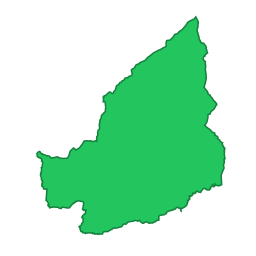 the district of Hankha, Chai Nat, Thailand, rotated 83°
{"feature_id": "78962969B11374583847622", "entity_name": "Hankha", "entity_type": "district", "adm_level": 2, "iso_a3": "THA", "parent_name": "Thailand", "parent_adm1": "Chai Nat", "projection": "natural_earth1", "projection_center": [99.977, 15.032], "detail": "fine", "context": "isolated", "style": "filled", "palette": "green", "viewbox_px": 256, "rotation_deg": 83, "n_neighbors": 0, "source": "geoboundaries", "source_scale": "gbopen_adm2", "svg_char_len": 5824}
<svg xmlns="http://www.w3.org/2000/svg" viewBox="0 0 256 256"><g transform="rotate(83 128 128)"><path d="M226.6,185.5L226.8,183.2L227.5,183.1L227.2,180.7L227.3,179.3L227.7,177.9L227.7,176.2L228.4,176.2L228.4,174.2L229.2,174.2L229.3,170.9L229.8,170.9L230.0,166.1L228.5,165.6L228.3,165.3L228.0,162.8L228.3,162.0L228.3,160.4L227.7,159.5L227.5,158.4L226.6,157.5L226.8,156.5L225.6,154.8L225.9,152.0L225.3,147.0L224.8,145.8L223.2,144.6L222.8,143.9L222.9,143.0L223.2,142.3L223.0,141.2L222.7,140.8L221.8,140.3L221.2,138.4L221.1,134.1L220.6,132.4L221.1,130.4L221.7,129.8L221.0,128.0L222.6,127.0L224.3,125.1L224.4,124.1L223.3,121.9L223.9,119.8L225.1,118.9L225.0,117.0L225.3,115.3L224.5,113.3L224.3,112.0L223.2,110.8L223.2,108.6L221.9,108.3L220.1,108.4L218.8,107.6L218.5,105.2L218.5,102.5L217.8,101.4L217.6,100.4L216.4,99.8L215.7,99.1L215.7,98.3L215.3,97.7L215.4,97.0L215.3,96.0L215.0,95.4L214.9,93.1L214.3,92.5L214.3,91.2L213.7,90.7L212.8,89.0L212.7,88.2L213.6,87.5L214.0,86.8L214.0,85.2L214.3,85.1L215.7,85.8L217.0,85.3L217.3,85.8L217.2,85.4L215.7,85.7L214.9,85.3L213.0,80.7L211.4,78.9L209.1,78.0L208.7,77.5L207.1,77.7L207.3,77.0L207.1,76.5L206.2,76.2L206.2,75.5L205.8,75.2L203.6,75.3L203.2,75.6L202.9,74.6L203.4,74.2L203.1,72.9L202.5,72.6L202.1,71.7L201.0,71.9L200.5,71.5L200.5,70.6L201.1,70.0L201.2,69.5L200.1,68.3L199.1,68.0L198.9,67.8L199.1,67.1L200.1,65.9L200.8,63.7L199.9,63.2L197.4,60.8L197.2,59.5L197.8,58.4L198.3,58.2L198.5,57.3L199.1,57.1L199.2,55.5L199.5,54.9L199.2,54.5L198.7,54.5L198.4,53.6L197.7,53.3L197.3,53.5L196.6,53.2L196.4,51.9L195.4,51.6L194.8,51.2L195.9,50.8L196.8,49.9L195.9,48.7L194.7,48.6L194.3,49.2L194.0,48.9L194.4,48.4L195.6,48.1L195.7,46.8L196.3,46.1L196.4,44.0L196.1,43.7L196.1,43.0L195.6,41.9L186.3,41.3L185.1,40.8L179.4,37.5L176.6,37.8L174.4,36.8L172.7,36.4L172.5,36.7L171.3,36.3L171.1,36.5L170.6,35.7L170.1,35.4L168.2,35.6L165.6,35.5L165.0,35.7L163.4,35.0L162.5,35.6L161.4,34.7L159.8,34.4L159.5,35.2L158.7,35.1L157.0,36.2L156.6,35.9L156.0,36.4L155.3,36.4L154.2,35.9L153.0,37.6L151.6,38.6L151.1,38.5L150.0,40.1L149.5,40.3L148.7,39.8L147.8,40.0L147.2,40.4L145.7,42.7L144.9,42.4L143.5,42.6L142.5,44.7L139.9,46.5L136.9,49.7L134.8,51.6L133.8,50.4L133.2,50.3L131.8,49.0L127.7,47.5L124.7,47.0L124.1,45.9L124.1,44.7L123.3,44.5L121.8,43.6L120.3,41.2L119.3,39.9L116.5,38.1L115.9,37.1L114.8,37.1L112.6,38.3L112.0,39.0L109.9,40.3L108.4,40.9L107.3,41.8L105.5,42.5L103.8,44.6L102.9,44.3L100.6,45.2L99.3,46.2L97.9,46.8L97.0,47.7L92.7,45.7L88.0,44.2L87.0,44.3L84.9,44.0L79.2,44.1L75.7,43.3L73.1,43.4L71.6,43.1L69.5,44.8L69.0,44.9L67.8,44.8L66.1,43.9L65.9,42.7L65.2,42.8L64.7,42.4L63.1,39.9L62.7,40.1L59.4,40.5L58.3,40.9L57.7,40.5L56.0,40.8L54.7,41.7L54.2,41.8L53.0,42.8L52.7,43.5L52.7,44.8L51.6,45.1L50.8,45.9L50.0,45.7L48.0,46.6L46.2,46.4L43.4,47.0L42.0,47.0L40.4,47.7L37.5,46.9L36.0,46.1L35.2,46.4L32.7,45.5L30.8,45.4L26.0,47.2L27.8,49.0L29.5,54.2L30.7,56.1L33.4,58.2L37.3,62.7L38.1,64.6L39.3,66.4L40.4,67.4L40.8,70.2L43.1,72.0L45.7,75.3L45.9,76.1L45.8,78.2L46.0,79.0L48.6,80.0L51.0,80.0L52.0,80.9L52.6,83.1L54.2,86.5L54.6,88.6L55.3,90.0L56.4,93.3L57.4,94.7L58.9,97.4L59.6,98.1L60.3,99.9L62.1,101.8L63.1,103.1L64.5,108.1L65.6,109.3L66.0,111.2L66.6,112.6L69.2,114.4L70.4,117.4L72.0,117.6L75.0,117.2L75.8,117.5L76.7,119.1L77.0,121.0L77.9,122.1L78.3,125.2L79.6,125.8L80.3,126.9L80.4,128.0L81.7,129.0L81.8,130.4L83.8,132.1L84.3,133.6L84.9,134.3L89.0,136.1L89.9,137.4L91.7,138.6L91.8,139.1L91.5,139.9L90.2,141.3L90.0,142.2L92.9,146.2L93.2,147.8L94.1,147.8L94.1,148.8L97.2,148.9L99.0,149.4L99.0,147.8L99.8,147.6L105.1,147.6L106.7,148.2L108.6,148.4L109.5,149.2L109.9,150.0L110.6,150.4L111.3,151.8L112.6,153.0L115.0,153.4L116.8,155.0L118.0,155.0L119.3,155.6L119.7,155.4L121.0,156.1L123.5,156.3L124.4,155.9L126.0,157.0L126.5,157.8L128.4,158.6L130.3,158.9L131.1,158.7L132.0,159.2L132.8,160.1L133.4,160.0L134.5,160.4L135.8,160.4L137.3,160.8L136.7,162.3L137.2,163.6L137.3,164.6L136.6,165.4L136.2,166.5L136.5,167.0L136.1,167.6L136.2,168.4L135.7,169.8L135.8,170.7L135.5,172.5L135.8,173.3L139.0,175.8L140.1,177.1L141.1,177.7L142.2,179.4L143.5,182.4L141.9,183.6L141.2,184.6L143.3,187.4L144.4,188.5L147.2,189.5L150.4,191.6L150.6,192.4L150.3,196.4L149.2,200.2L148.4,200.7L148.4,201.5L147.9,202.1L148.0,203.0L148.3,203.8L148.3,206.1L148.6,207.0L148.6,207.6L148.1,208.1L147.9,208.6L147.1,208.8L146.3,209.6L145.4,212.6L144.7,213.5L144.1,215.6L143.3,215.8L143.3,216.4L142.9,216.7L142.6,217.4L141.0,218.1L140.4,219.0L141.3,220.6L142.4,221.6L143.4,221.4L145.4,221.5L146.7,219.8L147.6,217.8L147.9,218.0L148.4,217.4L150.5,217.8L150.7,217.1L151.4,217.0L153.1,217.1L155.3,217.9L156.6,218.1L156.8,218.9L157.7,218.8L159.5,219.0L160.2,219.3L161.9,219.4L162.0,220.2L163.1,220.1L164.0,220.7L166.7,220.0L168.0,220.3L170.0,219.8L170.3,219.7L170.4,219.2L171.4,219.3L172.1,219.9L172.9,219.8L173.0,220.3L174.9,220.6L175.5,220.4L175.7,219.9L176.4,219.5L178.4,218.9L178.8,215.9L189.6,218.1L189.5,217.6L190.9,217.3L192.4,216.4L194.2,215.8L194.4,215.8L194.6,216.9L195.5,216.8L196.4,216.2L196.5,215.5L197.7,215.4L197.4,213.1L197.4,211.2L198.1,207.3L199.3,205.9L199.8,204.1L198.5,203.0L200.0,197.8L200.2,196.2L198.6,194.2L198.2,194.2L197.7,193.8L197.3,193.2L197.3,192.8L195.9,191.3L196.1,190.8L195.7,190.7L195.4,190.2L195.3,189.5L194.7,189.2L194.8,188.9L194.5,188.5L194.7,188.2L194.3,187.0L194.3,185.9L194.1,185.8L194.5,185.3L194.6,184.5L194.9,184.2L195.3,182.7L195.9,181.4L196.7,181.0L202.3,182.6L203.0,183.1L203.9,182.4L204.0,181.0L204.5,181.3L204.6,179.8L205.2,180.1L206.2,180.2L206.5,180.5L207.8,180.8L208.1,181.2L208.1,181.7L209.0,183.1L210.9,184.7L211.4,184.6L211.6,184.2L212.5,183.3L213.3,183.8L215.6,183.9L217.1,185.6L218.5,186.0L219.4,187.3L219.7,188.5L220.6,188.5L221.1,188.1L221.2,187.6L221.6,187.4L222.7,188.0L224.4,187.2L224.7,187.4L225.0,186.8L225.3,186.8L225.3,185.7L226.6,185.5Z" fill="#22c55e" stroke="#15803d" stroke-width="1.5"/></g></svg>